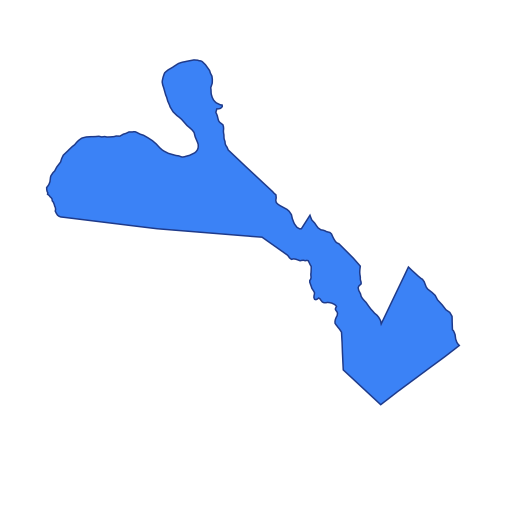 outline of Rodelas, Bahia, Brazil, rotated 313°
{"feature_id": "56859067B89920954652408", "entity_name": "Rodelas", "entity_type": "district", "adm_level": 2, "iso_a3": "BRA", "parent_name": "Brazil", "parent_adm1": "Bahia", "projection": "robinson", "projection_center": [-38.654, -9.234], "detail": "fine", "context": "isolated", "style": "filled", "palette": "blue", "viewbox_px": 512, "rotation_deg": 313, "n_neighbors": 0, "source": "geoboundaries", "source_scale": "gbopen_adm2", "svg_char_len": 4346}
<svg xmlns="http://www.w3.org/2000/svg" viewBox="0 0 512 512"><g transform="rotate(313 256 256)"><path d="M163.3,56.2L161.8,57.7L160.7,59.3L160.2,60.7L159.0,61.4L159.2,63.4L158.9,65.1L158.9,66.7L158.5,68.1L157.4,69.3L157.1,71.2L156.0,73.5L155.2,74.7L154.7,76.0L153.6,77.5L151.9,78.6L151.0,81.0L150.5,83.0L150.7,84.8L151.4,86.6L153.5,89.4L197.0,149.3L207.2,163.3L208.6,165.2L216.2,174.8L217.3,176.2L263.4,234.4L265.5,237.0L267.3,239.4L273.9,247.6L278.1,278.5L277.9,280.0L277.5,281.7L277.7,284.2L279.5,285.4L280.8,287.3L281.9,289.8L282.6,291.5L283.8,292.3L285.2,293.5L286.1,295.2L287.4,296.1L288.2,297.4L287.5,299.2L286.6,301.5L286.0,303.5L284.5,304.9L283.0,306.2L281.6,307.4L280.2,308.4L279.2,309.4L278.0,310.8L276.4,311.8L274.8,312.0L273.5,313.2L272.6,314.9L271.4,317.2L270.5,318.8L270.1,320.3L269.6,322.4L269.0,323.9L267.8,324.8L266.4,325.6L265.1,326.7L264.3,328.4L264.9,329.6L266.3,330.2L268.0,330.5L268.3,331.9L267.9,333.7L267.6,335.9L268.2,337.6L269.6,339.1L270.8,339.9L272.0,341.5L273.2,343.5L274.0,346.0L274.3,347.9L273.9,349.4L272.7,349.6L271.3,350.2L270.7,351.6L270.5,353.1L269.8,354.6L267.8,356.0L266.2,356.4L265.0,356.8L263.4,357.5L261.9,358.5L260.7,359.7L260.3,361.3L260.1,362.7L259.8,364.3L259.5,366.7L259.1,368.5L258.6,370.5L251.3,378.1L244.5,384.9L232.2,397.5L232.3,444.6L232.3,448.6L253.2,452.0L294.4,459.6L309.1,462.4L311.9,462.9L329.2,465.7L329.4,463.4L329.9,461.6L330.6,460.3L331.4,458.7L332.8,457.0L334.2,455.3L335.3,453.1L336.0,451.3L336.0,450.0L342.0,444.0L343.7,442.4L345.6,440.5L346.9,436.2L346.2,431.6L347.2,425.6L347.7,418.7L349.4,413.9L349.4,409.6L348.9,404.1L349.4,401.6L351.9,396.5L352.5,393.6L352.1,391.8L351.9,388.0L351.9,385.3L351.8,379.8L351.9,375.0L349.3,375.8L343.7,377.6L326.4,383.0L309.2,388.4L291.7,393.9L293.7,391.1L294.8,387.7L295.2,384.9L295.0,381.7L295.3,379.0L295.5,376.2L296.1,372.8L297.1,368.1L297.2,365.8L297.5,363.0L298.1,360.6L299.6,358.2L300.9,354.6L302.5,352.3L304.1,351.7L307.3,351.9L308.6,350.6L309.7,348.7L310.6,347.7L311.5,346.9L312.5,345.7L313.4,344.5L314.9,342.9L316.8,341.3L318.3,340.2L319.7,339.2L320.8,328.7L321.5,308.1L320.9,306.8L320.7,305.1L320.9,303.7L321.5,301.5L322.2,299.5L323.0,297.6L323.6,296.2L323.6,294.0L322.6,292.2L321.8,290.7L321.5,289.3L320.6,287.4L319.4,285.6L318.9,282.2L319.4,279.5L320.1,276.5L320.2,275.1L320.4,272.2L321.9,269.0L322.6,267.7L306.9,270.6L305.6,269.4L304.9,266.4L305.2,264.8L305.7,262.2L306.4,260.5L308.1,257.1L310.4,253.7L311.3,249.7L311.2,246.8L310.0,242.2L309.2,239.1L308.8,236.6L308.9,234.4L310.2,232.5L312.3,231.1L314.3,228.9L314.2,226.2L314.4,224.5L314.4,188.9L314.4,187.3L314.6,163.3L315.4,161.6L315.9,160.4L316.3,158.5L317.1,156.9L318.6,155.2L319.5,153.5L320.3,152.3L321.4,151.2L322.7,149.9L323.9,148.3L325.2,146.9L326.9,145.6L328.3,144.1L329.4,142.3L329.2,140.2L329.0,138.3L329.3,136.7L329.9,135.5L330.8,134.1L332.2,132.0L333.0,130.3L333.7,128.6L335.4,127.8L336.8,127.0L338.3,128.4L339.7,129.3L341.1,129.5L342.3,129.4L343.3,128.3L342.2,126.7L340.9,122.5L340.9,120.6L341.1,118.6L342.1,115.9L343.6,113.3L344.5,112.1L346.9,109.7L348.2,108.1L352.2,106.3L353.3,105.5L355.4,103.6L357.5,101.1L358.6,98.0L360.0,95.5L361.4,88.6L361.5,84.1L361.0,82.5L360.0,81.2L359.4,79.8L357.1,76.9L350.8,72.3L349.6,71.5L348.0,70.3L346.4,69.3L343.9,68.0L342.1,67.5L336.4,66.1L332.2,64.8L329.3,64.4L327.8,64.3L326.5,64.7L323.4,66.1L320.2,68.0L319.2,68.8L317.5,71.1L316.1,73.7L312.2,80.1L311.1,82.5L309.1,85.8L307.3,90.0L306.5,91.4L305.3,95.6L304.9,97.2L304.8,102.4L305.1,105.2L305.2,108.5L304.4,116.5L304.6,121.5L304.6,123.6L304.1,126.5L301.7,130.2L299.1,136.0L298.2,137.6L296.7,139.1L295.5,140.0L293.5,140.8L291.4,141.0L289.6,140.8L286.0,139.4L284.4,138.8L281.4,136.9L279.8,136.0L278.3,134.8L277.6,133.8L276.6,131.3L274.9,128.9L271.3,121.9L270.0,117.3L269.6,115.2L269.5,111.9L269.7,109.1L269.9,106.7L269.7,101.7L268.8,96.5L267.6,91.4L266.1,88.2L265.0,84.3L264.4,82.8L263.5,81.8L262.4,81.0L260.1,78.5L256.8,77.2L254.7,75.9L250.8,74.7L248.4,71.9L246.4,70.7L243.6,68.1L241.4,65.9L240.2,63.9L237.8,61.9L236.4,59.4L233.8,57.1L232.5,55.8L231.0,54.2L227.3,50.7L224.4,48.8L223.1,48.1L219.4,47.4L216.9,47.3L213.7,47.5L210.9,47.0L205.9,46.7L204.7,46.7L203.3,46.6L198.3,46.3L194.8,47.4L191.4,49.0L185.3,49.6L183.7,50.0L180.9,50.8L178.5,50.7L174.9,51.3L173.6,51.9L169.9,54.6L168.5,55.2L166.9,55.8L165.7,56.0L163.3,56.2Z" fill="#3b82f6" stroke="#1e3a8a" stroke-width="1.5"/></g></svg>